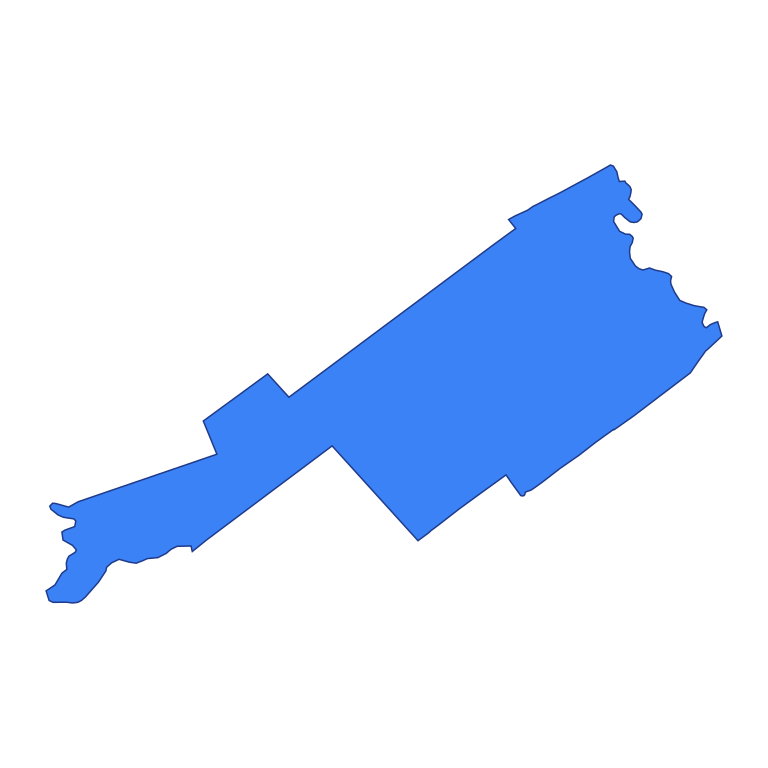 Branceni, Teleorman, Romania
{"feature_id": "2599482B72114382845229", "entity_name": "Branceni", "entity_type": "district", "adm_level": 2, "iso_a3": "ROU", "parent_name": "Romania", "parent_adm1": "Teleorman", "projection": "natural_earth1", "projection_center": [25.36, 43.857], "detail": "fine", "context": "isolated", "style": "filled", "palette": "blue", "viewbox_px": 768, "rotation_deg": 0, "n_neighbors": 0, "source": "geoboundaries", "source_scale": "gbopen_adm2", "svg_char_len": 2138}
<svg xmlns="http://www.w3.org/2000/svg" viewBox="0 0 768 768"><path d="M56.5,602.3L66.4,602.2L72.6,603.0L77.9,602.3L81.4,600.5L85.4,597.0L98.5,582.1L105.9,570.9L106.6,567.3L111.5,562.9L119.0,559.3L129.4,562.2L136.2,563.2L142.9,560.6L147.3,558.6L157.9,557.6L166.3,553.3L171.0,549.3L177.1,546.3L191.1,546.0L191.8,549.6L192.3,551.5L206.5,540.0L332.1,445.9L418.0,540.7L428.8,532.7L430.9,530.7L439.7,524.1L458.7,509.3L474.7,497.6L506.0,474.9L506.3,475.3L511.2,482.4L518.3,492.2L520.6,495.4L521.3,495.8L522.0,495.8L522.7,495.9L524.0,495.6L524.7,494.7L525.0,493.7L525.2,492.5L525.9,491.9L528.8,490.9L531.0,490.1L534.9,487.5L543.3,481.4L559.8,468.6L574.0,458.7L578.8,455.4L587.6,448.6L590.9,446.0L595.8,442.2L604.6,435.8L613.6,429.4L614.0,429.8L632.8,416.6L690.3,372.9L698.1,361.5L705.7,350.9L707.1,349.8L716.8,340.8L721.9,336.0L717.7,321.8L714.7,322.7L710.3,324.6L706.4,327.7L704.2,326.7L702.2,322.8L702.6,320.2L704.6,313.7L706.8,309.8L703.9,307.3L700.0,306.7L694.0,305.6L685.7,303.0L679.8,300.4L674.5,292.1L670.9,284.1L670.6,280.5L671.6,276.5L668.5,273.6L662.8,271.7L655.5,270.2L649.5,268.0L643.1,270.0L639.2,268.8L635.4,266.0L630.3,258.3L629.5,251.7L630.1,246.6L632.3,242.5L633.2,238.1L632.1,236.3L629.7,234.3L625.4,234.1L619.6,231.3L613.6,221.5L614.2,216.9L615.9,215.3L619.3,213.7L621.2,214.0L624.9,217.7L630.2,221.9L634.0,222.5L637.5,221.8L640.9,218.8L642.1,214.3L641.1,212.2L635.6,206.3L628.6,199.3L630.0,196.6L630.9,192.4L631.2,189.6L630.1,186.9L628.2,184.9L626.0,183.1L624.8,181.1L619.4,181.5L619.0,180.5L618.0,177.2L616.8,171.6L615.4,169.5L613.4,166.1L612.0,165.6L610.4,165.0L607.2,166.9L586.1,178.7L573.8,185.3L570.5,187.1L559.4,193.1L549.9,197.8L536.1,204.9L533.0,206.4L527.4,210.3L515.1,215.9L508.6,219.5L515.7,228.5L494.2,244.2L288.9,397.2L267.7,373.9L203.3,421.0L216.9,454.2L78.3,501.7L68.6,507.1L55.8,503.5L52.6,503.2L49.8,506.1L50.9,509.2L58.0,514.9L63.4,517.3L73.9,518.9L75.8,521.1L74.7,526.6L65.2,530.0L61.9,532.0L63.0,540.0L72.5,545.4L76.3,549.8L75.3,552.2L68.9,556.2L67.4,559.0L66.3,563.1L66.8,569.4L61.9,573.2L55.0,584.9L46.1,590.9L49.1,600.5L53.0,602.3L56.5,602.3Z" fill="#3b82f6" stroke="#1e3a8a" stroke-width="1.5"/></svg>